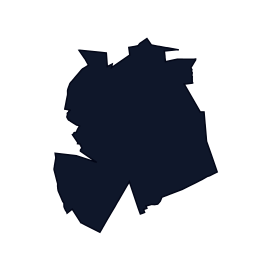 the district of Aquiles Serdán, Chihuahua, Mexico, rotated 71°
{"feature_id": "50627088B18240025112531", "entity_name": "Aquiles Serdán", "entity_type": "district", "adm_level": 2, "iso_a3": "MEX", "parent_name": "Mexico", "parent_adm1": "Chihuahua", "projection": "robinson", "projection_center": [-105.843, 28.58], "detail": "fine", "context": "isolated", "style": "filled", "palette": "ink", "viewbox_px": 256, "rotation_deg": 71, "n_neighbors": 0, "source": "geoboundaries", "source_scale": "gbopen_adm2", "svg_char_len": 4350}
<svg xmlns="http://www.w3.org/2000/svg" viewBox="0 0 256 256"><g transform="rotate(71 128 128)"><path d="M84.8,41.6L84.5,43.2L83.1,47.3L81.4,52.2L80.1,55.9L79.0,59.1L78.6,62.1L78.0,67.2L77.5,71.0L76.1,70.7L74.7,70.4L73.3,70.1L72.0,69.7L70.6,69.4L69.3,69.1L67.9,68.8L67.0,68.6L69.8,56.6L70.7,54.5L65.3,64.1L64.4,66.0L63.9,66.9L63.4,67.8L63.3,68.0L62.3,69.7L61.3,71.5L61.1,71.8L60.8,72.4L60.6,72.9L57.1,78.9L49.6,81.0L51.9,89.3L53.6,91.8L53.6,92.1L53.4,92.2L53.3,93.3L53.1,95.1L52.1,101.0L59.6,102.5L65.6,123.9L62.4,122.1L63.2,127.6L50.0,124.1L47.8,128.7L38.7,148.5L38.6,149.0L47.2,146.6L49.5,145.9L49.9,145.9L50.1,145.9L50.4,145.8L52.7,145.4L52.8,145.4L53.7,145.2L55.8,144.9L56.7,148.6L56.9,149.6L57.1,150.6L57.3,151.7L57.5,152.1L57.9,153.0L58.7,154.3L61.2,158.5L61.7,159.4L63.3,162.1L64.0,163.2L64.4,163.8L64.6,164.3L64.8,164.6L65.0,164.9L65.6,165.9L66.0,166.6L66.0,166.8L66.3,167.2L66.4,167.4L66.6,167.7L67.2,168.5L67.8,169.0L68.7,169.7L69.4,170.3L70.6,171.3L71.6,172.1L72.1,172.4L72.6,172.7L73.1,173.0L74.7,173.5L75.9,173.9L76.2,174.0L76.7,174.2L77.7,174.7L78.3,175.1L78.8,175.4L81.7,177.1L84.9,178.9L87.3,180.3L89.3,181.5L89.6,181.6L90.0,180.7L92.2,177.0L92.5,177.1L93.0,178.1L93.0,178.3L93.0,178.6L93.4,178.7L93.6,178.8L93.8,179.3L93.9,179.8L94.0,180.1L94.2,180.4L94.3,180.6L94.5,180.6L94.8,180.6L95.0,180.6L95.5,180.9L96.0,181.1L96.4,181.3L96.7,181.6L97.1,181.9L97.7,182.2L98.3,182.2L98.7,182.1L100.4,181.8L101.2,181.5L101.6,181.1L101.9,180.7L102.1,180.4L102.7,180.3L108.5,175.6L109.2,174.3L110.1,173.6L110.5,173.2L111.7,174.8L112.8,176.1L114.7,177.8L115.3,178.3L115.3,178.7L115.0,179.5L114.9,180.3L115.1,180.8L115.9,181.3L116.0,181.9L116.2,182.7L125.4,180.2L126.4,180.8L127.4,178.7L127.6,178.6L127.8,178.5L128.0,178.6L128.5,178.6L128.9,178.4L129.1,178.2L129.3,178.1L129.6,178.3L130.0,178.4L130.5,178.3L130.9,178.2L131.3,178.1L131.6,178.0L131.9,178.1L132.2,178.3L132.3,178.4L132.4,178.8L132.7,179.3L132.9,179.6L133.0,179.8L133.5,180.1L133.9,180.3L134.1,180.5L134.4,180.5L150.4,168.7L137.4,185.9L136.0,188.8L128.2,205.1L128.8,205.2L129.5,205.4L130.2,205.5L130.7,205.5L131.2,205.6L131.5,205.7L132.2,205.8L133.0,206.1L133.6,206.4L134.2,206.7L134.7,207.0L135.4,207.4L135.8,207.6L136.4,207.9L136.9,208.2L137.6,208.6L138.3,208.9L138.9,209.3L139.5,209.6L140.0,209.9L140.3,210.0L140.7,210.2L141.3,210.5L141.9,210.9L142.4,211.1L142.8,211.3L143.2,211.4L143.5,211.5L143.8,211.5L145.0,211.6L148.9,211.9L155.9,212.5L156.4,212.5L156.9,212.5L157.3,212.5L157.5,212.6L158.4,212.8L159.1,213.1L159.6,213.3L159.9,213.4L160.2,213.5L160.6,213.6L161.1,213.7L161.7,213.8L162.2,214.0L162.7,214.1L163.3,214.2L163.9,214.3L164.4,214.4L165.1,214.4L174.4,213.7L175.1,213.7L175.7,213.6L176.2,213.6L176.8,213.4L177.4,213.2L177.9,213.1L178.3,213.1L178.5,213.1L179.0,213.2L179.6,213.5L180.0,213.6L180.6,213.8L181.0,213.9L181.2,214.0L181.6,214.1L182.1,214.1L182.3,214.1L182.9,214.1L183.8,214.0L184.6,213.9L185.2,213.9L185.7,213.8L186.0,213.7L186.3,213.6L186.5,213.5L186.8,213.4L187.0,213.4L187.5,213.3L187.9,213.2L188.3,213.3L188.7,213.3L186.8,208.0L186.6,207.1L202.3,203.3L202.5,202.9L205.3,200.3L217.4,188.5L216.1,187.0L214.9,185.6L213.6,184.2L212.0,182.3L211.6,181.9L210.3,180.4L206.9,176.5L206.5,176.0L202.3,171.1L198.2,166.2L197.1,165.0L194.6,162.2L193.5,160.8L190.7,157.6L182.1,147.7L180.4,145.6L180.0,145.2L179.1,144.2L184.3,144.2L207.0,144.4L213.3,144.3L213.3,141.9L213.2,139.8L210.1,139.8L210.1,137.2L210.1,136.3L207.6,136.3L207.8,133.0L207.9,130.4L208.2,129.9L209.1,127.7L209.6,124.7L208.4,122.6L207.6,121.3L204.4,118.5L204.4,117.9L204.3,114.8L204.3,113.6L204.2,111.6L204.1,109.7L204.1,109.0L203.9,103.2L203.7,96.8L202.7,89.4L202.1,84.5L201.9,82.9L201.5,80.0L201.1,77.4L200.8,74.9L199.6,68.8L199.7,66.3L199.0,61.3L198.6,58.0L191.2,58.0L186.3,58.0L180.7,58.0L166.5,58.1L166.2,58.1L165.8,58.0L159.5,56.4L152.7,54.7L149.5,53.9L149.4,53.9L137.6,50.9L136.3,54.5L104.8,60.6L106.4,53.0L106.5,52.2L106.2,52.1L105.8,52.2L105.4,52.3L105.0,52.1L104.8,52.1L104.2,52.0L103.6,51.6L103.1,51.5L102.5,51.4L102.2,51.2L101.9,51.3L101.4,51.0L101.0,50.9L100.9,50.7L100.4,50.5L100.2,50.5L99.9,50.7L99.7,50.7L98.7,50.3L97.9,50.0L97.3,49.6L96.6,49.3L96.4,49.3L96.0,49.4L95.0,49.4L94.5,49.2L94.0,48.9L93.7,48.6L93.1,48.7L92.0,48.9L91.4,49.0L90.9,48.3L90.0,47.2L89.2,46.2L88.5,45.4L88.0,44.8L87.4,44.1L85.8,42.1L85.4,41.8L84.8,41.6Z" fill="#0f172a" stroke="#020617" stroke-width="1.5"/></g></svg>